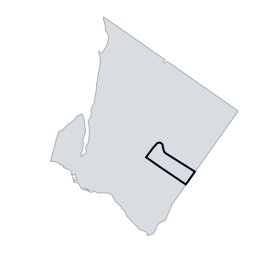 Al Farafra Oasis, Al Wadi at Jadid, Egypt (highlighted), rotated 215°
{"feature_id": "37247803B67299056810507", "entity_name": "Al Farafra Oasis", "entity_type": "district", "adm_level": 2, "iso_a3": "EGY", "parent_name": "Egypt", "parent_adm1": "Al Wadi at Jadid", "projection": "robinson", "projection_center": [27.531, 27.044], "detail": "fine", "context": "in_parent", "style": "outline", "palette": "ink", "viewbox_px": 256, "rotation_deg": 215, "n_neighbors": 0, "source": "geoboundaries", "source_scale": "gbopen_adm2", "svg_char_len": 3244}
<svg xmlns="http://www.w3.org/2000/svg" viewBox="0 0 256 256"><g transform="rotate(215 128 128)"><path d="M211.5,205.0L207.0,205.0L202.5,205.0L198.0,205.0L193.4,205.1L188.9,205.1L184.4,205.1L179.9,205.1L175.3,205.1L170.8,205.1L166.3,205.1L161.8,205.1L157.2,205.1L152.7,205.1L148.2,205.1L143.7,205.1L139.1,205.1L136.5,205.1L137.0,203.6L137.2,202.6L136.9,201.9L136.1,201.8L135.5,202.0L134.1,205.0L133.4,205.1L131.8,205.1L126.6,205.1L121.3,205.1L116.0,205.1L110.8,205.1L105.5,205.1L100.2,205.1L94.9,205.1L89.7,205.1L84.4,205.1L79.1,205.1L73.9,205.1L68.6,205.1L63.3,205.1L58.1,205.1L52.8,205.1L47.5,205.1L47.5,201.5L47.5,197.9L47.6,194.3L47.6,190.7L47.6,187.1L47.6,183.6L47.6,180.0L47.6,176.4L47.7,172.8L47.7,169.2L47.7,165.6L47.7,162.1L47.7,158.5L47.7,154.9L47.7,151.3L47.8,147.7L47.8,144.1L47.8,140.6L47.8,137.0L47.9,133.4L47.9,129.8L47.9,126.2L47.9,122.6L47.9,119.1L48.0,115.5L48.0,111.9L48.0,108.3L48.0,104.7L48.0,101.1L48.1,97.6L48.1,94.0L48.1,90.4L48.0,89.7L47.3,87.3L46.6,84.2L45.9,80.4L45.8,79.2L44.6,75.2L44.5,74.1L44.8,73.3L46.9,70.0L47.5,68.4L48.0,66.5L48.2,64.9L47.6,62.5L46.9,60.4L46.7,58.2L46.6,56.0L47.7,54.6L48.9,53.2L49.4,52.3L50.2,51.4L50.7,50.9L51.7,52.9L53.8,53.2L60.7,51.5L68.3,53.2L72.4,53.9L78.9,55.3L82.8,58.0L83.9,58.3L86.7,58.3L88.6,59.8L96.0,60.6L99.9,62.3L102.2,63.7L103.5,64.1L104.7,64.0L106.3,63.5L108.3,62.5L110.5,61.2L115.0,57.7L116.6,57.1L117.7,57.3L119.0,57.3L119.5,56.3L120.2,55.7L120.6,54.9L121.3,54.1L123.6,53.8L128.4,52.3L127.8,53.0L123.5,54.7L125.4,54.9L127.3,54.4L129.4,54.0L129.8,53.3L130.1,51.9L130.5,51.7L132.0,52.0L136.5,54.1L137.6,54.1L140.7,53.0L141.3,52.7L142.4,53.4L144.7,55.9L143.9,55.9L141.4,53.7L141.2,54.8L139.8,56.7L141.6,57.5L143.0,57.9L143.8,58.9L144.3,59.9L145.7,59.5L146.7,58.2L146.2,57.4L145.8,56.7L146.3,56.7L147.3,57.3L150.1,59.8L151.1,60.3L152.2,60.2L154.5,59.5L155.1,59.6L158.1,58.7L158.5,59.4L159.0,60.0L161.5,59.3L165.4,59.3L168.6,58.5L172.2,56.5L172.5,56.2L172.7,56.7L173.2,58.1L174.4,61.5L175.4,64.1L176.7,67.8L177.1,69.2L177.3,70.2L179.1,74.3L180.2,77.6L181.0,80.3L182.1,84.3L182.6,85.7L181.9,86.4L180.4,89.0L178.9,97.2L176.7,103.5L176.5,107.5L176.2,109.0L175.1,111.0L173.8,113.0L171.4,112.0L167.4,108.5L165.1,105.2L162.7,103.0L160.4,100.2L159.7,98.1L159.7,96.8L158.7,93.6L157.9,92.1L155.1,88.7L154.3,86.9L153.7,86.1L153.0,85.0L152.0,80.5L150.8,77.7L149.6,78.5L149.8,79.7L148.8,81.3L148.1,83.2L148.6,84.8L150.9,87.1L151.4,88.2L152.0,90.4L151.9,93.4L152.3,94.4L154.0,96.7L154.7,98.0L155.0,99.2L155.6,100.2L157.3,102.2L159.8,105.9L162.2,108.4L163.9,109.7L164.6,110.9L164.8,114.0L164.7,115.5L166.2,118.3L166.7,119.8L168.2,120.9L168.9,122.3L169.5,124.4L170.5,130.8L171.7,132.4L175.7,140.8L179.0,146.1L180.6,150.1L183.1,154.9L187.9,165.5L190.7,168.8L191.9,170.6L193.9,172.0L196.1,174.1L194.0,173.9L193.5,174.0L192.8,174.3L192.4,175.6L192.3,176.6L192.6,182.0L193.2,184.7L195.2,189.9L196.5,191.5L197.2,192.5L198.2,193.2L202.5,195.0L205.1,198.7L210.9,203.4L211.5,204.7L211.5,205.0Z" fill="#d9dde1" stroke="#a8b0b8" stroke-width="1"/><path d="M96.4,114.5L95.4,114.4L80.4,114.4L48.3,114.9L48.2,117.6L48.2,126.3L48.2,130.6L82.4,128.9L84.8,129.3L87.7,131.7L90.3,134.3L92.2,134.6L93.8,134.2L95.3,132.5L96.1,126.5L96.4,114.5L96.4,114.5Z" fill="none" stroke="#020617" stroke-width="2"/></g></svg>